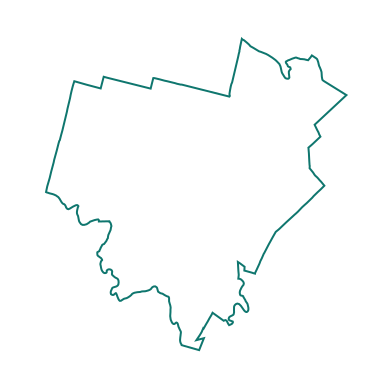 Milcovul, Vrancea, Romania (orthographic projection), rotated 95°
{"feature_id": "2599482B789818779685", "entity_name": "Milcovul", "entity_type": "district", "adm_level": 2, "iso_a3": "ROU", "parent_name": "Romania", "parent_adm1": "Vrancea", "projection": "orthographic", "projection_center": [27.261, 45.644], "detail": "fine", "context": "isolated", "style": "outline", "palette": "teal", "viewbox_px": 384, "rotation_deg": 95, "n_neighbors": 0, "source": "geoboundaries", "source_scale": "gbopen_adm2", "svg_char_len": 5994}
<svg xmlns="http://www.w3.org/2000/svg" viewBox="0 0 384 384"><g transform="rotate(95 192 192)"><path d="M290.2,218.7L290.7,218.4L294.2,217.1L294.6,216.5L294.9,215.8L295.4,215.0L295.6,214.4L295.8,213.1L295.9,212.5L297.1,210.2L297.9,208.3L298.2,207.3L298.3,206.6L298.6,206.1L299.6,205.6L302.9,205.3L305.1,204.5L306.8,203.8L308.6,203.3L309.3,203.2L310.9,203.2L313.3,203.0L317.5,202.9L319.3,202.5L321.0,202.1L322.7,201.2L324.0,200.4L324.6,199.7L325.0,199.2L325.1,198.8L325.1,198.3L324.8,197.7L323.9,196.9L323.5,196.4L323.4,196.2L323.5,195.8L323.7,195.4L324.1,195.0L324.6,194.7L326.8,193.9L327.3,193.8L327.9,193.4L330.1,192.2L332.0,191.0L333.1,190.8L334.7,190.9L335.6,190.9L337.7,191.0L340.5,191.0L342.0,190.7L342.6,190.5L343.9,189.9L344.8,189.2L345.2,188.9L345.5,188.9L348.9,171.1L336.6,167.4L339.2,174.7L334.0,171.8L330.7,170.2L326.7,168.9L327.0,168.5L322.6,166.5L319.5,165.0L316.5,163.7L312.8,161.9L310.5,161.0L317.5,149.2L317.2,148.7L316.7,147.6L317.1,146.5L317.6,146.0L320.1,144.5L321.4,143.4L320.5,141.7L319.6,140.5L318.4,139.9L317.5,140.1L316.6,143.3L316.3,143.9L315.6,144.3L314.9,144.4L314.3,144.3L313.5,144.0L312.8,143.3L312.0,142.1L311.5,141.2L311.0,140.5L310.5,140.0L309.9,139.8L308.0,139.6L306.8,139.8L302.8,140.1L301.8,139.9L301.0,139.5L300.4,139.0L299.8,138.4L299.4,137.6L299.2,136.9L299.4,136.1L299.6,135.2L301.2,133.3L303.1,131.7L305.5,129.7L306.4,128.6L306.8,127.7L306.8,127.1L306.5,126.6L306.0,126.1L305.3,125.8L304.7,125.6L303.9,125.6L302.9,125.7L302.2,125.8L298.8,126.9L298.0,127.4L296.1,129.0L295.2,129.4L292.0,131.7L291.4,131.9L291.1,132.4L291.0,132.9L290.9,133.9L290.7,134.6L290.2,135.1L289.0,135.5L287.6,135.7L286.0,135.5L282.8,134.3L281.3,133.5L280.2,132.7L279.8,132.6L278.8,132.4L278.3,132.5L277.7,132.7L277.1,133.0L276.4,133.6L275.3,134.9L274.8,135.6L274.5,136.5L274.3,137.2L274.3,138.3L270.5,138.2L266.7,138.9L257.7,140.2L259.0,137.8L261.9,133.1L265.7,133.0L267.0,126.0L267.7,122.9L267.8,122.1L267.2,122.1L264.0,120.9L257.6,118.6L256.2,118.2L255.0,117.9L253.5,117.3L252.0,116.7L250.2,116.1L247.2,115.1L246.5,114.7L237.3,110.9L234.2,109.5L230.3,107.8L224.4,105.1L221.9,102.5L220.6,101.3L217.4,98.5L213.9,95.4L205.4,87.6L204.6,86.8L202.4,84.8L197.6,81.0L195.2,78.8L193.0,76.7L187.2,71.7L185.5,70.5L181.2,66.8L178.0,63.9L174.2,60.7L170.4,64.4L169.2,65.8L167.6,67.4L166.5,68.6L165.0,70.6L164.2,71.4L162.0,73.1L158.1,76.9L155.6,77.0L155.2,77.2L151.3,77.8L143.4,78.9L139.9,79.5L138.5,79.7L137.7,79.9L134.1,76.4L125.7,68.9L123.5,70.3L121.6,71.2L119.5,72.6L114.3,75.7L82.0,46.6L70.1,70.1L69.2,71.6L68.5,72.0L65.9,72.7L61.3,73.4L59.3,74.2L57.1,75.3L55.2,76.4L53.5,77.0L51.6,77.6L49.2,78.7L48.6,79.1L47.9,80.1L45.5,84.5L47.6,85.7L48.7,86.5L50.6,87.8L50.3,90.1L50.0,91.7L50.0,93.8L50.1,95.1L50.0,96.1L49.7,96.8L49.6,97.7L49.2,99.2L49.0,100.0L49.1,100.7L50.5,103.9L52.0,106.6L52.2,107.2L52.5,107.8L53.4,109.0L53.6,109.5L54.3,109.9L54.9,109.7L55.7,109.3L56.4,108.5L57.0,108.1L58.4,107.4L58.8,106.7L59.1,105.6L59.3,105.0L60.9,104.4L61.9,105.2L62.8,105.7L63.5,106.0L65.0,105.9L69.4,105.0L69.8,105.1L70.1,105.3L70.5,105.6L70.8,106.1L70.8,106.6L70.8,107.3L70.6,108.4L70.2,109.1L69.3,109.9L65.8,112.5L64.6,113.1L59.8,114.6L59.0,114.9L56.9,116.1L54.6,118.7L53.3,120.3L51.2,123.7L49.0,127.9L48.0,130.2L47.3,132.6L46.4,135.6L46.0,137.5L43.0,143.6L41.7,146.5L40.1,148.1L38.6,150.1L36.3,153.4L35.8,154.8L35.1,155.7L43.1,156.7L46.0,156.9L46.7,157.1L47.9,157.0L50.0,157.4L53.3,157.8L79.4,161.6L81.1,162.2L83.6,162.6L87.6,163.0L90.5,163.2L91.3,163.2L93.0,162.7L93.7,163.1L86.0,211.0L85.9,211.7L86.0,212.5L85.5,216.3L85.0,218.6L84.7,220.7L83.8,226.5L83.5,229.0L82.6,234.0L81.9,238.8L81.8,239.9L81.9,240.5L92.6,242.2L85.5,286.8L84.9,290.0L96.8,292.0L94.3,306.4L91.9,318.9L96.5,319.9L101.2,320.7L105.5,321.3L109.4,321.7L119.9,323.3L122.9,323.6L134.8,325.4L142.1,326.5L146.4,327.3L151.9,328.2L152.4,328.5L152.8,328.7L155.4,329.2L162.8,330.4L172.0,332.1L174.7,332.4L183.7,334.0L190.5,335.0L199.0,336.7L204.8,337.4L205.1,336.6L205.4,335.0L205.7,334.0L206.2,330.8L206.6,329.2L207.4,327.0L208.0,326.1L208.7,324.8L210.2,323.4L213.3,321.2L214.4,320.2L214.9,319.5L215.2,318.9L215.3,318.2L216.2,317.2L217.7,316.3L218.1,316.2L218.8,315.7L219.7,314.7L219.9,313.6L219.2,312.3L216.9,309.2L215.4,306.7L215.1,305.7L215.1,305.0L215.5,304.4L215.9,304.0L216.4,304.0L217.4,304.4L220.1,304.8L221.5,304.9L223.0,304.8L223.6,304.6L224.4,304.3L225.9,303.4L230.5,302.1L231.5,301.6L232.8,300.5L233.6,299.8L234.3,298.2L234.1,296.4L233.3,294.2L231.7,292.1L230.4,290.9L228.5,286.7L227.8,284.5L227.5,283.1L228.2,282.3L229.5,282.2L228.4,272.0L228.7,272.0L228.7,271.8L229.2,271.1L229.7,270.7L230.3,270.3L231.7,269.7L232.2,269.6L232.9,269.3L234.5,269.6L236.9,269.8L242.1,271.6L244.1,271.8L245.3,271.8L246.8,272.6L247.7,272.8L248.5,273.2L250.1,274.2L251.4,275.0L251.5,275.1L251.9,276.0L252.2,276.4L252.5,276.8L253.8,277.3L255.5,278.1L256.1,278.2L258.5,279.1L259.0,279.2L260.2,281.0L260.8,281.1L262.6,280.8L263.1,280.7L263.5,280.4L264.2,279.6L264.3,279.2L265.0,278.2L265.8,276.8L267.2,275.7L267.7,275.6L269.0,276.6L271.3,277.0L272.5,276.9L273.1,276.6L275.0,276.1L276.6,275.6L277.9,275.0L278.6,274.5L279.8,273.4L280.2,272.7L280.4,272.1L280.3,271.2L280.2,270.8L279.9,270.4L279.6,270.1L279.1,270.0L277.9,270.1L277.1,269.6L276.4,268.6L276.2,267.4L276.4,266.2L277.1,265.1L278.1,264.6L280.0,264.6L280.8,264.6L281.5,264.3L282.7,262.8L283.4,261.8L284.0,260.8L284.4,259.7L285.0,258.5L286.4,257.6L288.4,257.2L290.4,257.3L291.0,257.5L291.9,258.1L292.6,259.0L293.0,259.9L293.8,261.9L294.2,262.6L294.7,263.1L297.7,264.1L298.1,264.2L299.6,264.2L300.9,263.7L301.3,262.9L301.5,261.9L301.3,261.1L300.1,260.0L299.4,259.1L299.5,258.8L300.9,258.0L302.9,257.1L305.3,255.8L306.1,255.2L306.7,254.5L306.6,253.4L304.4,250.6L303.9,249.4L303.5,248.1L302.9,247.0L301.3,244.9L299.9,243.5L298.9,242.9L298.3,242.2L297.4,240.6L296.6,237.8L296.1,234.9L295.5,233.5L295.2,232.0L295.0,230.1L294.5,228.6L293.8,226.8L293.2,225.7L292.4,224.6L291.1,223.8L290.3,223.2L289.5,222.0L289.2,220.5L289.6,219.6L290.2,218.7Z" fill="none" stroke="#0f766e" stroke-width="2"/></g></svg>